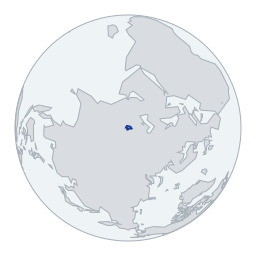 Bukhoro on an orthographic globe, rotated 152°
{"feature_id": "UZB-354", "entity_name": "Bukhoro", "entity_type": "Region", "adm_level": 1, "iso_a3": "UZB", "parent_name": "Uzbekistan", "parent_adm1": "", "projection": "orthographic", "projection_center": [64.255, 40.217], "detail": "fine", "context": "on_globe", "style": "filled", "palette": "blue", "viewbox_px": 256, "rotation_deg": 152, "n_neighbors": 0, "source": "natural_earth", "source_scale": "10m", "svg_char_len": 11410}
<svg xmlns="http://www.w3.org/2000/svg" viewBox="0 0 256 256"><g transform="rotate(152 128 128)"><circle cx="128" cy="128" r="113" fill="#eef3f6" stroke="#a8b0b8"/><path d="M138.2,15.8L140.3,16.1L142.4,16.3L146.7,18.5L156.5,22.6L161.9,24.0L158.9,23.9L170.7,26.8L177.5,30.3L168.4,26.4L166.4,26.1L170.3,28.4L169.1,28.6L170.2,29.9L168.4,30.1L163.2,28.1L161.9,28.3L164.8,29.9L164.8,31.3L160.8,28.9L160.3,31.2L151.5,28.9L142.4,23.3L136.1,23.2L122.8,20.8L122.6,21.6L117.4,21.6L115.2,22.7L113.4,22.2L113.2,23.5L115.3,23.7L116.0,24.5L114.9,25.2L112.3,24.6L112.5,24.2L111.2,24.4L110.4,23.8L110.2,24.5L107.2,23.9L108.5,25.6L104.8,26.1L103.3,25.4L105.6,24.0L107.9,19.9L107.1,19.3L103.6,19.5L92.5,22.7L90.7,22.8L86.7,24.0L86.7,24.5L89.8,23.8L88.7,25.2L92.7,24.4L92.9,25.0L96.0,25.1L93.2,26.7L88.7,28.3L85.9,28.5L83.8,29.3L84.6,30.7L77.5,32.7L69.7,37.3L68.1,37.8L68.5,35.7L73.3,31.6L73.8,29.9L71.1,32.8L67.2,34.4L65.6,35.5L64.4,36.7L64.9,36.8L63.1,37.9L65.1,35.1L66.8,34.1L66.1,34.9L68.4,33.1L69.7,31.7L67.7,32.9L69.5,31.8L76.4,27.9L83.7,24.5L91.1,21.6L98.7,19.2L106.5,17.4L114.4,16.2L122.3,15.5L130.3,15.4L138.2,15.8ZM141.4,16.2L143.6,16.5L140.5,16.1L139.3,15.9L141.4,16.2ZM148.0,17.6L146.2,17.3L146.4,17.1L147.3,17.3L148.0,17.6ZM166.1,25.1L163.8,24.0L166.4,25.0L166.1,25.1ZM170.7,30.1L171.7,30.4L171.9,31.0L170.7,30.1ZM97.4,24.2L96.7,24.6L96.5,24.4L97.4,24.2ZM99.4,23.9L99.6,23.4L100.6,23.1L100.4,23.5L99.4,23.9ZM169.3,31.9L169.2,32.9L168.4,31.5L169.3,31.9ZM98.9,24.7L102.3,22.8L104.0,22.5L105.0,23.7L98.9,24.7ZM168.6,33.2L168.6,36.0L170.9,36.7L164.4,36.4L166.6,34.0L165.2,32.1L167.2,33.2L168.6,33.2ZM116.5,23.5L114.2,23.3L117.1,22.9L116.5,23.5ZM118.2,23.1L126.3,21.4L129.1,22.3L125.8,22.6L130.3,23.4L127.7,24.7L124.7,24.6L123.3,23.7L123.4,24.9L118.2,23.1ZM160.8,35.9L160.1,36.4L159.9,35.5L160.8,35.9ZM116.4,24.7L117.8,24.2L120.4,24.9L118.1,26.1L118.0,25.5L116.4,24.7ZM132.7,23.1L134.2,24.0L132.5,25.2L132.9,25.8L127.9,24.9L132.7,23.1ZM116.9,25.7L116.8,26.7L114.6,27.1L115.3,25.3L116.9,25.7ZM122.0,24.6L123.1,25.1L121.7,25.2L122.0,24.6ZM106.8,29.3L108.4,28.4L109.9,28.7L106.8,29.3ZM117.0,27.1L117.7,27.0L118.5,27.1L118.0,27.8L117.0,27.1ZM127.0,25.9L126.0,26.3L129.0,26.3L127.8,27.4L124.7,26.6L125.6,27.4L125.2,27.7L123.1,26.8L127.0,25.9ZM119.9,28.9L115.5,28.5L112.2,29.9L110.8,29.6L116.3,27.5L119.9,28.9ZM121.9,27.7L120.3,28.3L119.4,27.6L119.9,26.7L121.9,27.7ZM128.2,28.4L130.8,27.0L131.3,27.2L128.2,28.4ZM119.1,29.4L120.2,29.5L119.0,29.5L119.1,29.4ZM125.6,28.8L126.4,28.2L127.1,28.5L125.6,28.8ZM121.6,30.2L120.2,30.0L120.5,29.4L121.6,30.2ZM123.6,29.7L124.3,30.2L121.5,29.3L123.8,29.3L123.6,29.7ZM126.1,29.2L126.7,29.2L125.6,29.4L126.1,29.2ZM121.2,32.8L117.6,31.8L118.3,30.3L121.7,31.5L121.2,32.8ZM19.5,135.2L20.2,116.1L22.4,112.8L24.7,106.2L42.0,97.7L43.6,102.2L54.9,109.2L55.9,111.2L52.3,115.8L59.0,128.9L63.8,126.2L72.1,134.8L79.0,137.5L85.4,128.1L74.1,123.5L74.4,117.5L85.2,116.9L95.5,121.2L95.9,119.0L91.3,112.3L95.5,109.5L89.9,109.7L90.8,112.4L87.3,112.7L86.3,110.3L87.8,109.3L85.3,107.2L78.6,112.8L78.7,116.2L70.9,113.9L70.4,119.4L67.6,120.6L67.4,111.8L68.8,109.3L66.8,98.3L64.5,100.6L66.3,111.3L64.9,109.7L61.9,113.3L63.1,109.3L61.7,97.4L55.9,94.9L45.2,100.0L42.5,98.0L41.8,93.3L49.0,84.3L54.2,89.8L56.8,87.1L58.6,80.7L60.1,83.1L61.5,81.3L63.7,83.2L69.7,81.4L72.4,82.9L77.5,78.0L79.5,78.3L76.0,81.0L74.9,83.9L82.0,88.2L84.2,87.7L86.9,84.3L88.5,86.1L90.2,82.3L95.6,83.2L90.5,79.0L93.5,75.3L98.3,73.8L98.3,72.0L90.6,74.5L88.4,76.3L88.0,78.9L81.0,83.5L78.0,83.1L81.8,75.7L77.9,74.3L82.5,69.5L100.5,65.0L106.6,65.5L111.0,74.2L108.0,76.0L104.9,73.8L105.3,79.3L106.4,77.2L107.8,78.8L111.0,76.0L112.1,77.0L113.4,72.8L115.1,73.7L114.3,76.4L120.6,73.6L124.9,74.9L125.8,73.8L125.5,72.3L131.1,75.3L131.5,74.3L129.8,73.0L129.6,70.3L131.3,66.8L133.1,68.1L132.7,69.5L134.8,74.4L133.5,78.2L134.5,78.4L136.0,75.4L133.5,69.3L134.0,66.9L135.6,69.6L135.1,68.4L135.9,67.6L138.5,68.1L136.9,65.1L143.5,55.8L149.1,56.1L149.8,59.2L156.3,54.9L162.1,56.1L160.6,54.8L162.6,52.2L160.9,51.7L160.3,50.9L164.8,44.8L167.3,44.5L167.5,40.9L166.7,40.3L164.8,40.2L164.4,36.4L170.9,36.7L172.4,38.0L175.5,37.6L178.4,40.8L182.3,43.5L183.8,47.7L186.7,49.7L187.6,49.3L192.2,51.9L198.8,59.1L189.7,54.9L179.1,45.7L183.1,49.5L181.1,49.2L181.8,51.0L184.7,53.7L185.8,53.6L184.7,62.1L189.5,71.5L191.8,68.8L195.2,69.9L202.8,79.7L205.3,98.1L209.9,100.9L211.4,103.9L210.2,107.4L208.0,103.1L205.1,103.1L204.0,100.4L201.4,105.0L199.7,101.2L198.4,106.9L200.9,109.1L203.9,106.2L203.6,113.1L209.0,115.9L211.6,121.8L209.4,136.3L204.1,143.2L204.2,145.3L201.0,144.6L198.4,150.1L205.6,158.0L205.9,161.0L200.9,169.5L200.5,167.4L192.2,165.4L191.7,173.0L198.1,176.2L200.3,181.8L195.9,181.8L193.5,176.9L190.5,176.0L190.5,169.7L186.5,161.4L182.0,164.8L181.6,160.9L175.4,154.4L168.5,158.9L158.0,171.7L157.8,181.4L153.6,186.2L145.5,173.3L143.3,163.7L139.4,164.9L131.8,156.7L115.9,155.7L114.5,152.9L111.3,153.8L106.0,150.5L104.2,145.8L100.6,145.5L105.8,157.9L109.7,158.2L114.1,154.3L114.8,158.4L119.9,162.4L111.2,171.1L89.0,175.5L88.3,167.9L78.9,143.3L80.0,141.1L80.0,140.8L80.0,140.3L77.6,143.7L76.5,138.8L80.0,155.7L79.9,162.1L88.7,175.9L87.5,176.7L90.8,179.8L102.9,179.4L102.7,181.7L96.1,191.2L80.5,200.7L83.4,209.5L83.7,215.6L75.9,216.7L78.5,221.3L74.7,221.1L75.7,223.2L73.8,224.0L69.9,223.3L61.1,218.2L59.0,216.1L52.3,209.6L42.3,195.0L42.8,191.1L41.4,186.0L35.2,170.9L36.5,165.6L35.2,161.6L32.4,159.7L31.1,154.8L29.5,153.0L21.0,143.6L19.5,135.2ZM33.7,105.2L32.6,107.0L33.7,105.2ZM104.8,131.2L111.9,133.0L111.3,125.6L113.9,125.8L112.7,123.3L111.2,125.1L108.6,118.5L112.6,117.1L113.0,114.0L110.7,113.3L103.8,117.0L107.4,126.3L104.7,128.7L104.8,131.2ZM67.1,34.6L66.9,34.8L65.4,36.0L65.6,35.6L67.1,34.6ZM62.1,40.9L59.3,42.5L61.4,41.0L61.1,40.6L65.2,37.1L67.5,37.9L65.7,38.1L62.1,40.9ZM71.2,33.1L68.4,35.0L71.4,32.9L71.2,33.1ZM66.8,70.4L66.6,72.4L64.4,73.9L61.0,72.6L64.2,70.4L66.8,70.4ZM66.9,75.0L71.6,68.4L73.9,69.2L71.8,69.8L72.9,71.0L69.8,72.4L67.5,79.8L65.3,81.7L60.2,77.9L63.0,78.0L63.0,75.9L66.9,75.0ZM79.5,52.6L81.5,50.4L83.9,54.8L81.7,56.4L78.1,55.0L78.6,52.4L79.5,52.6ZM99.9,27.4L100.6,26.7L101.3,26.8L101.3,27.4L99.9,27.4ZM107.5,28.8L97.9,30.6L98.1,29.8L92.2,32.1L90.6,31.0L94.4,29.6L88.8,30.6L91.6,28.9L87.7,29.9L96.5,26.7L98.8,25.4L96.8,27.2L98.3,28.2L99.6,28.2L105.1,27.3L110.8,25.3L113.2,26.1L113.3,27.2L112.3,27.8L111.1,27.0L110.6,28.4L108.1,27.8L107.5,28.8ZM113.8,43.5L112.8,41.7L111.4,45.6L108.9,44.5L108.9,45.0L106.1,45.1L102.8,46.3L102.0,45.5L101.1,46.3L99.3,46.5L97.7,47.4L95.7,46.4L93.6,47.4L93.8,46.4L90.8,48.5L92.1,46.5L89.9,46.8L89.8,48.6L82.6,42.4L78.6,41.8L74.5,42.5L77.3,39.3L83.0,36.8L89.5,35.4L93.0,36.6L93.7,35.1L95.5,35.3L94.2,36.4L97.3,34.9L98.5,35.4L104.3,34.9L108.1,32.6L110.3,32.5L109.4,33.6L112.3,32.7L112.1,34.9L113.7,34.9L115.1,37.1L112.5,39.5L114.5,39.4L115.7,41.2L113.8,43.5ZM121.5,33.5L119.0,36.3L116.3,37.2L114.9,33.0L113.5,32.7L112.5,30.3L116.3,29.1L116.3,29.9L117.1,30.4L115.6,30.5L117.4,30.8L117.4,31.9L118.8,32.4L117.6,33.2L121.5,33.5ZM58.5,110.4L59.5,111.4L61.5,112.5L59.6,114.9L58.5,110.4ZM57.4,102.3L58.5,102.7L56.8,106.3L55.8,105.3L57.4,102.3ZM60.6,99.9L58.7,102.4L59.1,100.5L60.6,99.9ZM77.2,81.3L78.6,81.6L78.2,82.6L76.7,83.4L77.2,81.3ZM109.2,55.5L109.0,54.2L109.8,54.0L111.7,51.1L113.7,51.8L113.4,53.8L109.2,55.5ZM82.7,129.2L79.8,130.4L79.2,129.0L80.3,128.9L82.7,129.2ZM68.5,122.7L71.1,125.5L68.0,123.3L68.5,122.7ZM111.7,55.8L112.2,54.5L112.9,55.7L111.7,55.8ZM115.3,52.2L116.3,53.3L114.2,51.6L115.3,52.2ZM133.7,240.5L134.1,240.5L135.5,240.4L133.7,240.5ZM102.1,218.7L97.9,227.3L92.7,226.2L90.6,223.2L91.3,217.7L96.9,217.1L99.4,214.6L102.1,218.7ZM218.7,183.7L220.5,182.4L220.4,182.8L218.7,183.7ZM216.8,184.1L219.1,182.4L216.2,185.2L216.8,184.1ZM219.9,181.7L222.2,179.0L223.2,177.6L223.0,178.5L219.9,181.7ZM215.2,185.4L205.6,191.4L201.5,192.7L202.7,190.8L209.2,187.4L215.2,185.4ZM202.3,190.9L195.9,190.1L185.8,181.8L189.5,180.7L199.8,183.9L199.2,185.4L203.0,186.7L202.3,190.9ZM217.1,174.7L216.4,178.8L211.3,182.0L208.9,182.9L207.2,179.1L208.2,176.0L210.2,174.9L217.2,161.2L219.8,161.5L217.9,166.8L220.0,168.6L217.1,174.7ZM158.4,182.2L161.4,187.3L159.1,188.6L158.4,182.2ZM219.2,152.8L216.9,158.9L218.7,151.7L219.2,152.8ZM219.8,146.6L220.3,148.5L218.9,147.5L219.8,146.6ZM204.9,148.2L202.7,150.0L202.3,148.5L204.8,145.5L204.9,148.2ZM213.6,126.8L215.0,131.3L215.1,133.1L213.5,131.0L213.6,126.8ZM129.8,61.7L124.9,64.8L122.8,67.8L123.6,70.7L120.3,68.1L123.7,63.4L129.8,61.7ZM141.6,56.3L140.8,54.1L142.5,54.4L142.9,54.9L141.6,56.3ZM140.1,55.5L136.6,54.1L137.0,52.4L139.7,53.8L140.1,55.5ZM124.0,54.6L122.4,55.4L121.9,54.4L124.0,54.6ZM202.3,212.7L200.2,214.4L202.6,212.1L204.4,208.6L205.3,208.0L207.1,204.5L216.5,194.7L223.9,182.9L226.9,179.5L230.5,171.2L233.0,167.4L231.0,172.8L231.9,171.4L228.3,179.2L224.2,186.6L219.5,193.7L214.2,200.5L208.5,206.8L202.3,212.7ZM233.9,166.3L236.4,158.5L236.0,160.1L233.9,166.3ZM223.2,179.9L226.1,174.7L227.4,173.1L223.2,179.9ZM238.2,151.2L238.1,151.3L236.9,156.4L234.8,161.2L235.6,158.3L235.6,156.4L232.7,160.5L232.1,159.8L233.4,156.8L231.1,158.7L233.7,154.4L234.4,156.4L235.8,151.6L237.5,148.6L238.8,146.0L239.3,145.4L239.0,147.2L238.9,147.5L238.2,151.2ZM233.1,162.1L233.5,161.5L233.1,163.1L233.1,162.1ZM239.6,143.4L239.5,144.1L239.9,140.5L239.6,143.4ZM240.3,136.8L240.3,136.7L240.4,135.9L240.3,136.8ZM228.0,166.0L227.8,167.1L227.1,167.2L228.0,166.0ZM229.0,164.2L231.1,162.6L228.8,165.3L229.0,164.2ZM221.3,168.4L222.1,170.1L224.6,166.3L222.7,170.2L224.1,172.4L223.4,174.4L222.1,171.8L221.1,176.6L220.0,177.5L219.6,174.4L220.9,168.9L222.0,166.0L226.5,161.1L221.3,168.4ZM229.1,161.4L228.5,159.3L228.9,157.0L229.6,157.7L229.1,161.4ZM226.2,154.6L224.0,153.0L222.4,155.8L225.2,148.0L226.9,150.8L226.2,154.6ZM223.7,148.7L222.3,151.3L223.5,147.1L223.7,148.7ZM221.7,150.6L221.1,148.4L222.5,147.6L221.7,150.6ZM224.6,148.1L224.1,143.8L225.2,145.5L224.6,148.1ZM219.5,143.5L223.1,145.0L219.1,146.5L217.0,138.8L218.6,137.3L219.5,143.5ZM216.3,103.7L214.9,101.7L215.8,99.9L216.5,101.8L216.3,103.7ZM217.4,92.9L215.6,98.8L213.9,103.9L215.3,104.0L216.5,108.6L213.4,106.3L213.3,100.0L214.9,96.9L213.4,93.3L213.6,89.4L210.9,85.8L210.4,83.3L213.3,85.7L217.4,92.9ZM209.7,84.4L205.1,77.4L207.5,75.9L209.1,77.1L210.2,80.8L208.8,81.4L209.7,84.4ZM204.7,75.4L203.3,75.9L193.7,68.5L192.3,66.6L200.9,71.1L200.1,71.9L202.0,74.1L204.7,75.4ZM161.2,36.9L160.2,36.4L161.3,36.4L161.2,36.9ZM159.2,50.8L158.6,49.6L160.0,49.5L159.2,50.8ZM157.6,46.6L156.5,47.5L156.9,46.0L157.6,46.6ZM154.2,49.6L155.7,47.6L155.4,50.3L154.2,49.6Z" fill="#d9dde1" stroke="#a8b0b8" stroke-width="1"/><path d="M127.9,130.5L127.5,130.3L127.3,130.1L127.2,130.0L127.1,129.9L126.9,129.7L126.6,129.4L126.1,129.1L125.9,128.9L125.7,128.7L125.4,128.5L125.3,128.4L125.2,128.2L125.3,128.1L125.2,127.9L125.2,127.7L124.9,127.4L125.2,127.0L125.3,126.8L125.2,126.7L125.0,126.4L125.3,126.3L125.3,126.2L124.9,125.7L125.5,125.5L125.9,125.9L126.1,126.3L126.3,126.4L126.5,126.4L126.7,126.6L127.1,126.8L127.2,127.0L127.4,126.9L127.5,126.8L127.6,126.6L127.8,126.6L127.8,126.8L128.3,126.9L128.3,126.7L128.6,126.7L128.8,126.6L128.8,126.8L128.9,127.0L129.0,127.0L129.6,127.0L129.6,127.3L129.4,127.6L129.3,127.8L129.1,127.8L129.1,127.7L128.9,127.7L128.9,127.8L128.9,128.0L129.0,128.1L128.9,128.1L128.8,128.3L128.7,128.3L128.6,128.5L128.6,128.8L128.8,128.9L129.1,129.0L129.2,129.3L129.3,129.3L129.3,129.5L129.1,129.7L128.9,129.8L128.9,130.0L129.0,130.0L128.7,130.2L128.4,130.3L128.2,130.5L128.1,130.4L127.9,130.5L127.9,130.5Z" fill="#3b82f6" stroke="#1e3a8a" stroke-width="1.5"/></g></svg>